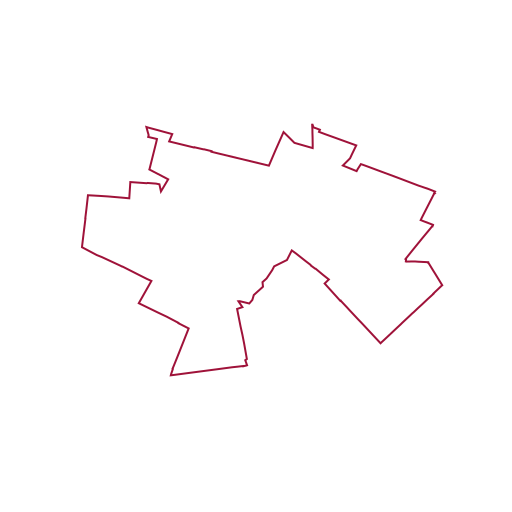 outline of Traian, Braila, Romania, rotated 30°
{"feature_id": "2599482B34558550347077", "entity_name": "Traian", "entity_type": "district", "adm_level": 2, "iso_a3": "ROU", "parent_name": "Romania", "parent_adm1": "Braila", "projection": "orthographic", "projection_center": [27.706, 45.134], "detail": "fine", "context": "isolated", "style": "outline", "palette": "rose", "viewbox_px": 512, "rotation_deg": 30, "n_neighbors": 0, "source": "geoboundaries", "source_scale": "gbopen_adm2", "svg_char_len": 2758}
<svg xmlns="http://www.w3.org/2000/svg" viewBox="0 0 512 512"><g transform="rotate(30 256 256)"><path d="M416.0,240.9L419.1,230.7L420.1,227.3L420.5,226.3L421.1,224.3L422.4,219.9L423.1,217.7L424.0,214.9L426.3,207.2L428.6,200.0L428.4,199.9L429.2,197.1L431.6,189.0L431.9,188.2L428.2,186.2L418.8,181.1L418.0,180.7L408.6,175.6L408.4,175.7L408.2,175.3L399.0,180.0L396.7,181.1L392.4,183.6L389.1,185.6L388.5,185.8L387.5,183.6L387.0,183.7L388.4,174.5L389.3,168.8L391.2,157.0L393.1,145.9L393.7,142.2L394.0,142.1L393.9,141.7L393.9,140.8L393.8,140.5L389.9,141.1L380.7,142.6L380.5,140.6L380.0,131.1L379.5,121.2L379.4,119.1L379.3,117.1L379.2,115.7L379.1,113.0L379.3,112.7L378.9,112.7L378.8,111.5L378.9,111.2L378.9,110.7L372.1,111.7L361.5,113.8L341.0,117.1L319.2,120.8L308.5,122.6L302.8,123.6L300.9,124.0L300.6,130.0L300.7,132.2L286.0,134.2L288.6,124.4L288.2,119.8L287.5,110.1L265.6,114.0L255.1,115.9L248.5,117.0L248.2,114.7L243.4,115.5L243.1,115.6L242.4,115.7L241.3,115.8L239.9,114.5L239.3,114.0L239.0,114.2L240.9,117.2L241.7,118.4L243.1,120.8L246.0,125.5L249.7,131.7L250.9,133.8L251.1,134.2L232.7,138.8L225.3,136.8L217.9,134.9L220.0,154.7L222.0,171.3L171.9,186.1L165.3,188.0L165.1,187.4L157.6,189.6L157.2,189.9L149.4,192.3L148.3,192.6L148.3,192.8L148.2,193.0L123.5,200.2L122.5,192.3L113.5,194.7L107.7,196.2L98.8,198.6L96.6,199.1L97.1,199.6L100.2,202.7L102.6,205.0L103.1,206.8L111.7,204.2L112.1,205.3L112.8,207.6L120.3,233.9L120.4,234.4L141.6,233.5L141.4,247.6L136.5,242.2L133.2,243.3L125.5,247.0L125.0,247.6L110.2,254.8L117.4,269.4L112.6,271.6L106.2,274.6L98.3,278.3L90.0,282.4L80.1,287.4L85.3,299.3L89.3,308.7L89.5,308.7L91.0,312.2L95.4,322.6L100.8,335.2L100.9,335.4L117.6,334.8L123.1,334.0L143.4,332.2L145.4,332.1L145.6,331.9L167.8,330.7L172.9,330.4L177.9,329.9L178.1,355.5L199.3,354.0L209.0,353.2L222.3,352.7L222.4,353.0L233.9,352.4L237.0,373.4L237.4,376.1L238.5,383.7L238.9,386.5L239.6,391.5L239.7,392.2L240.1,395.4L240.5,395.5L241.6,401.1L241.8,401.5L241.9,401.9L245.1,399.5L246.0,398.8L256.8,390.5L279.9,372.8L288.6,366.1L290.8,364.4L295.6,360.9L296.4,360.3L299.9,357.7L300.1,357.9L301.1,356.9L302.4,355.7L302.9,355.1L298.8,351.6L299.2,350.8L299.6,349.8L289.7,338.0L285.7,333.4L283.5,330.9L277.9,324.8L266.1,311.3L269.8,307.1L263.4,304.0L264.3,303.4L264.5,303.4L264.7,303.2L273.9,300.5L274.8,295.9L273.6,290.9L277.4,279.1L274.7,275.4L276.4,270.2L277.1,260.1L276.9,255.9L284.8,244.0L284.2,233.3L289.2,233.8L301.5,235.6L307.7,236.4L308.2,236.8L313.6,237.4L314.0,237.2L323.3,238.8L330.8,239.9L329.2,245.5L351.5,252.7L351.7,252.3L351.9,252.4L353.8,253.0L360.5,255.0L363.9,256.1L376.1,259.8L381.0,261.2L390.5,264.1L396.7,266.0L402.3,267.7L407.5,269.3L407.8,268.1L409.2,263.6L414.4,246.4L415.6,242.4L416.0,240.9Z" fill="none" stroke="#9f1239" stroke-width="2"/></g></svg>